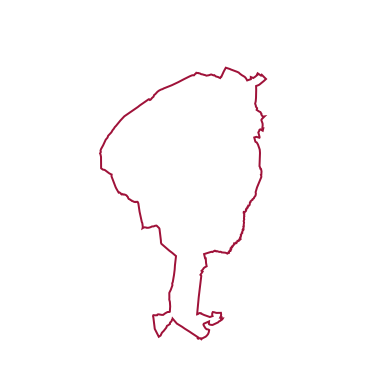 outline of Cajvana, Suceava, Romania, rotated 127°
{"feature_id": "2599482B15456779755419", "entity_name": "Cajvana", "entity_type": "district", "adm_level": 2, "iso_a3": "ROU", "parent_name": "Romania", "parent_adm1": "Suceava", "projection": "natural_earth1", "projection_center": [25.996, 47.715], "detail": "fine", "context": "isolated", "style": "outline", "palette": "rose", "viewbox_px": 384, "rotation_deg": 127, "n_neighbors": 0, "source": "geoboundaries", "source_scale": "gbopen_adm2", "svg_char_len": 5952}
<svg xmlns="http://www.w3.org/2000/svg" viewBox="0 0 384 384"><g transform="rotate(127 192 192)"><path d="M212.4,290.5L213.9,290.0L214.5,289.5L214.7,289.1L215.2,288.8L216.5,288.7L217.1,287.6L218.7,285.8L227.7,278.9L227.8,278.4L227.7,276.5L227.1,275.5L226.9,274.6L226.9,269.5L226.6,267.4L226.4,266.7L227.7,265.9L228.2,265.3L234.1,255.9L234.8,254.5L236.6,250.3L236.1,250.1L236.0,249.7L236.0,247.8L236.3,247.3L236.3,246.7L236.1,246.5L235.4,246.1L235.5,245.6L235.2,245.2L235.1,244.8L234.6,244.4L234.2,242.8L234.2,241.8L234.5,241.3L234.5,240.5L235.3,239.2L235.6,238.4L235.3,237.1L235.4,236.2L235.1,235.2L235.3,234.6L234.8,233.1L234.7,232.1L234.0,231.4L234.0,231.0L233.8,230.7L232.8,230.0L232.7,229.1L233.2,228.5L233.3,228.1L239.3,222.0L246.2,214.0L246.6,213.2L247.2,212.5L249.6,210.2L250.7,209.7L249.7,209.3L248.8,208.7L247.9,207.1L247.8,206.5L246.5,205.0L245.0,203.9L243.6,203.2L242.5,201.9L241.4,201.3L240.4,200.4L240.2,200.1L240.2,199.8L240.6,196.6L241.0,195.8L249.4,187.7L251.1,186.3L251.4,185.9L251.8,185.2L252.5,174.8L252.5,171.1L252.8,166.2L260.8,161.5L264.3,159.2L269.0,156.5L275.4,153.2L276.9,152.8L278.3,151.5L282.8,150.1L286.0,149.5L286.5,149.2L290.0,146.5L291.6,145.4L293.1,143.5L296.6,140.5L300.9,137.7L301.2,137.7L301.8,138.3L302.5,139.2L303.0,139.5L305.0,140.4L307.5,141.1L308.5,142.5L309.7,144.9L310.3,145.6L310.6,145.8L311.4,145.7L312.5,147.0L313.6,148.7L314.2,148.6L314.8,148.2L315.5,147.3L323.7,139.4L327.6,131.4L325.5,130.7L322.7,131.3L321.3,131.2L320.2,131.0L316.1,130.9L315.3,131.0L314.6,131.3L313.9,131.4L312.4,130.7L311.1,130.4L310.7,130.2L309.8,130.8L309.3,130.9L307.9,130.6L306.9,130.8L306.2,131.1L305.2,131.1L304.8,131.3L306.2,124.9L305.6,118.7L305.5,115.5L305.0,109.7L304.9,107.4L304.4,99.6L305.3,99.6L305.5,99.1L305.4,98.7L304.8,98.5L303.5,96.9L304.0,96.2L304.0,95.9L303.2,95.9L302.1,95.4L299.3,94.0L297.4,93.7L295.7,93.7L293.9,94.2L291.9,95.2L291.9,95.7L292.2,96.7L292.8,97.7L292.7,99.2L291.7,101.9L291.1,103.0L290.1,103.3L285.1,100.5L287.0,99.3L287.3,98.8L287.2,98.0L286.6,96.8L286.0,95.8L285.5,95.4L280.4,92.7L279.2,92.6L278.3,92.1L275.6,91.2L274.4,91.3L275.4,92.6L274.4,93.1L275.2,93.9L273.9,94.2L273.3,94.4L272.3,95.0L271.1,96.2L273.7,99.5L274.2,100.5L274.5,101.5L275.3,103.1L275.8,103.1L277.1,102.6L278.2,101.7L278.7,100.9L281.1,102.5L282.9,108.2L283.8,112.2L283.6,112.2L283.8,112.7L284.1,113.1L284.6,113.4L286.1,113.9L286.6,114.3L272.0,123.3L253.4,134.1L253.1,135.4L249.2,135.6L249.2,136.9L247.4,136.7L245.7,136.8L244.5,136.5L242.5,135.6L240.2,138.1L236.7,141.1L237.1,141.6L234.3,145.0L229.0,141.2L227.9,140.3L227.7,139.6L227.2,139.3L226.5,139.2L226.0,138.9L225.7,138.7L225.5,138.3L225.1,138.3L224.9,137.3L224.7,137.3L224.5,136.5L224.1,136.2L223.7,134.9L223.2,133.8L222.5,133.2L222.3,132.3L222.4,132.0L220.5,129.0L220.1,128.0L220.0,127.0L219.9,126.7L218.7,126.6L218.6,125.9L218.3,125.8L217.9,126.2L217.1,126.6L216.7,126.6L216.0,125.8L215.6,125.9L215.7,126.3L215.2,126.6L214.6,126.2L214.3,126.2L214.0,127.1L213.8,127.2L213.6,127.0L213.2,127.2L212.7,127.1L212.4,126.7L212.1,126.7L211.9,127.2L211.8,127.3L211.3,127.3L210.7,126.8L210.1,127.0L209.4,126.9L209.2,126.8L208.3,126.8L208.2,127.2L207.7,127.4L207.4,126.7L207.0,126.8L206.6,126.5L206.4,126.6L206.2,126.6L206.0,125.8L205.2,126.0L204.2,126.0L203.8,126.2L203.5,125.6L202.7,125.2L202.5,125.3L202.3,125.7L201.5,125.5L201.3,125.0L200.6,124.9L200.6,125.0L200.8,125.3L200.7,125.6L200.2,125.4L199.5,126.1L199.2,125.8L198.6,126.2L198.1,126.2L197.7,126.6L197.1,126.7L196.7,127.3L194.9,127.2L194.7,127.6L194.4,127.6L194.2,127.4L193.1,128.2L192.0,128.1L191.2,128.3L191.3,128.7L191.3,128.9L190.8,128.9L190.7,128.7L190.6,128.8L190.4,129.0L190.2,128.9L189.2,129.5L189.0,129.8L188.9,130.1L188.6,130.2L187.9,130.1L187.5,130.7L184.9,132.2L184.2,133.2L183.7,133.4L182.5,133.8L182.0,134.5L181.6,134.6L180.6,135.5L180.1,135.5L179.9,135.6L179.6,136.0L179.3,136.2L179.1,136.6L178.3,136.8L177.9,137.3L177.5,137.5L177.6,138.1L177.0,138.6L176.7,138.7L176.0,137.7L174.9,137.5L174.6,137.6L173.8,138.2L173.5,137.9L173.2,138.0L173.0,138.3L172.6,138.6L171.6,138.2L171.1,138.6L170.7,138.2L169.1,138.9L168.7,138.3L167.8,138.2L166.6,138.7L166.0,139.2L165.6,139.4L164.8,139.2L164.4,139.6L163.0,139.4L162.0,139.0L161.6,139.3L161.4,139.3L159.8,138.8L159.1,139.1L156.7,139.1L155.0,139.9L153.8,141.1L149.3,142.8L138.5,145.6L137.6,146.2L136.8,147.3L136.4,147.1L133.7,148.9L132.1,150.7L132.3,151.4L131.5,152.2L130.8,153.6L119.9,161.2L117.5,163.3L116.5,164.7L114.4,167.9L113.6,169.8L113.5,170.2L113.7,171.5L113.5,171.9L111.0,175.1L109.2,173.8L108.1,170.8L107.9,170.8L107.2,171.4L104.5,174.9L103.2,175.0L101.7,175.5L100.9,175.2L100.5,172.4L98.2,173.4L98.8,174.2L96.2,175.7L94.8,176.9L92.9,179.8L92.6,180.0L91.4,180.1L88.0,179.6L88.8,180.4L89.1,181.2L88.7,182.6L88.1,183.6L87.8,183.6L87.0,185.5L87.3,186.6L87.5,189.8L85.9,190.4L85.4,192.3L84.5,193.1L83.5,194.7L81.2,195.7L78.2,197.6L71.8,202.2L68.8,204.6L66.6,203.2L65.7,202.8L60.0,201.4L57.2,200.9L56.4,206.9L57.5,206.9L57.7,211.0L58.9,210.8L58.9,210.2L62.2,211.0L64.1,211.7L64.8,214.2L66.5,212.9L69.7,215.1L68.8,217.1L68.4,218.7L68.4,220.0L68.7,222.6L68.7,225.1L68.5,226.6L68.9,228.4L70.8,234.8L71.0,235.8L72.4,239.8L76.5,239.2L82.4,237.9L82.6,238.2L83.9,238.1L83.9,238.4L84.3,238.8L84.3,239.4L84.4,240.1L85.0,241.7L85.3,242.3L85.3,244.6L85.9,245.0L86.5,247.2L86.8,247.6L88.6,248.8L90.4,250.5L90.9,252.4L91.2,252.8L91.7,254.3L92.4,255.6L92.6,257.2L93.1,258.0L93.1,258.4L93.4,259.0L94.3,259.8L94.3,260.3L94.9,260.3L96.4,260.6L97.5,260.6L98.1,261.3L98.2,261.6L99.0,262.3L100.9,263.4L106.9,266.4L112.4,269.0L118.9,272.4L126.6,277.1L127.5,277.4L128.5,278.2L130.7,279.3L132.7,279.9L135.9,280.2L137.4,280.6L139.0,280.1L139.5,280.2L140.8,280.5L143.1,280.6L143.9,281.0L143.9,281.4L143.7,281.9L143.8,282.2L144.0,282.4L154.3,285.8L156.7,286.4L172.3,291.6L178.0,292.2L185.1,292.5L186.6,292.7L189.0,292.5L189.6,292.6L190.5,292.6L192.9,292.3L197.5,292.8L198.0,292.7L199.4,292.2L202.1,292.4L208.1,291.1L212.4,290.5Z" fill="none" stroke="#9f1239" stroke-width="2"/></g></svg>